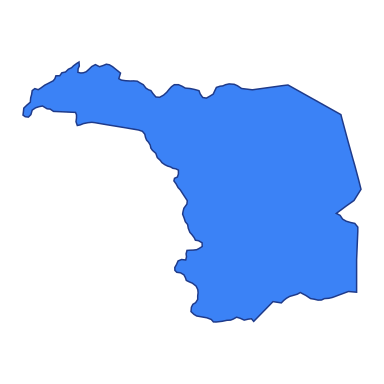 outline of Caculé, Bahia, Brazil
{"feature_id": "56859067B39713368810009", "entity_name": "Caculé", "entity_type": "district", "adm_level": 2, "iso_a3": "BRA", "parent_name": "Brazil", "parent_adm1": "Bahia", "projection": "albers", "projection_center": [-42.349, -14.492], "detail": "fine", "context": "isolated", "style": "filled", "palette": "blue", "viewbox_px": 384, "rotation_deg": 0, "n_neighbors": 0, "source": "geoboundaries", "source_scale": "gbopen_adm2", "svg_char_len": 2821}
<svg xmlns="http://www.w3.org/2000/svg" viewBox="0 0 384 384"><path d="M288.0,85.0L283.5,85.5L252.4,89.8L241.6,88.5L237.4,85.7L234.2,84.3L229.1,83.9L225.5,84.7L222.8,85.9L220.1,86.2L216.4,87.4L214.8,90.7L213.2,94.1L209.6,96.3L206.4,98.1L202.7,97.5L200.2,93.9L199.0,90.7L194.8,89.5L190.0,88.5L185.3,88.1L182.2,86.3L178.5,84.7L174.3,84.7L171.5,86.7L169.3,89.1L166.7,92.3L163.6,95.1L159.6,97.3L155.9,97.0L152.9,93.5L150.9,90.6L148.4,89.7L145.9,88.1L143.3,84.7L139.7,82.7L137.3,81.2L133.7,80.9L130.3,81.0L125.4,80.7L121.4,80.1L118.8,78.7L120.5,73.1L112.6,66.7L109.4,64.8L106.3,64.2L103.2,65.5L99.5,66.7L95.4,64.6L91.8,66.5L88.8,69.4L86.1,71.8L83.3,72.8L80.7,73.0L77.9,72.3L78.1,68.7L79.3,66.0L79.0,62.0L76.6,63.5L73.5,65.8L71.6,67.7L68.4,69.2L65.5,72.0L61.8,72.8L59.8,75.7L55.9,75.8L54.9,78.7L53.2,80.8L48.0,83.5L44.8,85.1L41.0,87.9L38.2,89.7L34.8,88.6L32.2,90.6L31.6,94.6L30.7,97.7L30.3,102.2L26.9,105.1L23.8,108.1L23.4,111.9L23.0,115.1L25.2,116.7L28.4,117.1L30.9,114.6L32.2,110.1L35.6,107.8L39.0,106.7L42.5,106.0L47.1,108.8L50.2,109.1L53.5,111.4L75.5,112.4L76.5,114.8L76.5,117.9L76.0,121.7L77.3,125.5L80.2,124.9L83.4,123.6L87.8,122.7L91.8,122.3L95.1,122.7L101.4,123.8L107.3,124.8L120.7,127.0L138.5,130.0L142.4,131.3L144.8,134.2L145.5,137.4L146.6,140.1L148.5,142.2L150.2,145.0L150.9,148.2L152.5,150.4L155.8,153.3L157.3,157.6L160.3,160.4L161.9,162.6L164.7,164.6L167.7,166.1L170.5,166.9L172.9,168.3L175.8,168.8L178.4,170.1L178.4,174.0L177.4,177.0L174.5,178.3L173.9,180.9L176.1,183.9L178.1,187.6L180.3,189.9L182.0,192.6L187.3,200.7L186.9,204.1L183.9,208.2L183.1,211.3L182.6,214.1L184.0,217.7L185.3,221.7L187.6,224.5L188.3,228.4L189.9,232.4L191.9,234.6L194.2,237.7L195.4,240.2L198.5,240.7L202.1,242.8L202.2,246.5L199.2,248.4L196.7,249.7L193.1,250.1L190.1,250.2L187.0,250.4L186.1,253.8L186.5,256.9L185.7,260.0L181.6,259.5L178.1,260.9L176.4,264.7L174.8,267.5L174.9,270.4L176.8,272.3L180.5,272.8L183.9,274.8L185.4,277.7L186.3,280.4L188.9,281.7L192.4,283.2L196.1,286.1L197.8,289.6L198.1,292.8L197.7,295.9L197.7,299.4L195.6,302.7L192.9,304.3L191.4,307.2L191.0,311.6L194.0,314.4L196.7,316.0L206.9,317.8L211.3,319.5L213.4,321.9L216.1,322.0L222.2,321.3L226.9,320.3L230.6,320.1L233.2,319.1L236.6,317.2L240.0,318.2L244.2,320.1L248.5,319.1L251.5,318.8L253.7,321.4L273.0,301.6L281.3,302.9L283.9,300.3L286.4,298.3L289.7,296.4L293.2,295.4L297.3,294.2L300.3,292.5L302.7,293.8L305.8,295.4L310.6,298.6L314.2,299.2L318.0,300.1L321.5,300.0L324.4,298.6L328.7,298.3L332.2,297.5L335.3,296.4L338.4,295.2L341.4,294.1L345.7,292.5L348.4,291.5L356.6,292.2L356.6,259.6L357.8,231.3L357.8,227.1L354.8,223.4L350.6,222.5L346.2,221.2L342.6,219.1L340.1,215.4L336.3,213.4L346.5,205.8L354.0,200.5L361.0,189.3L358.8,180.5L354.9,165.9L353.9,162.4L353.1,159.7L348.2,142.0L341.9,118.6L340.9,114.6L288.0,85.0Z" fill="#3b82f6" stroke="#1e3a8a" stroke-width="1.5"/></svg>